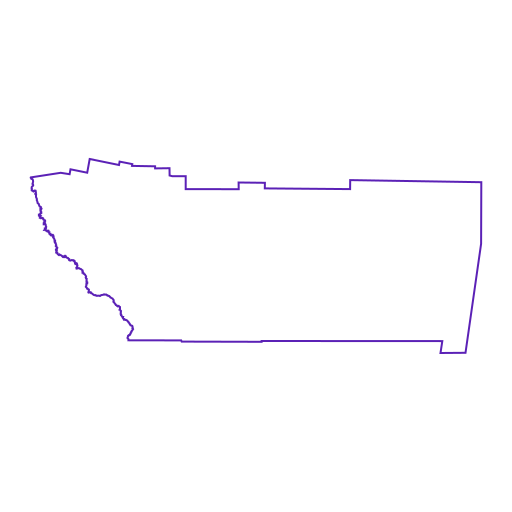 the district of Juan F. Ibarra, Santiago del Estero, Argentina
{"feature_id": "61730980B19837134975286", "entity_name": "Juan F. Ibarra", "entity_type": "district", "adm_level": 2, "iso_a3": "ARG", "parent_name": "Argentina", "parent_adm1": "Santiago del Estero", "projection": "natural_earth1", "projection_center": [-63.235, -28.039], "detail": "fine", "context": "isolated", "style": "outline", "palette": "violet", "viewbox_px": 512, "rotation_deg": 0, "n_neighbors": 0, "source": "geoboundaries", "source_scale": "gbopen_adm2", "svg_char_len": 5599}
<svg xmlns="http://www.w3.org/2000/svg" viewBox="0 0 512 512"><path d="M465.5,352.8L481.1,243.8L481.3,182.2L350.2,180.1L350.1,189.1L264.8,188.4L264.9,182.8L238.6,182.5L238.7,189.2L185.7,189.1L185.7,176.2L172.3,176.2L169.6,175.5L169.5,168.2L155.1,168.4L155.1,166.3L132.0,165.9L132.3,164.1L119.6,161.6L119.0,165.0L89.7,159.0L87.2,172.7L70.5,169.3L69.6,174.2L60.7,172.8L30.8,177.4L30.7,177.7L30.8,177.9L31.3,178.2L31.3,178.7L31.4,178.9L32.0,179.0L32.6,179.3L33.0,180.4L33.1,181.8L32.5,183.8L32.8,183.9L33.0,184.2L33.2,185.4L33.0,185.8L32.5,186.1L31.7,187.1L31.6,188.4L31.9,188.7L31.9,189.2L31.7,189.6L31.7,190.4L32.0,190.6L32.5,190.7L33.4,191.5L34.1,191.1L34.1,190.7L34.5,190.5L34.9,190.5L35.6,190.7L35.7,191.9L35.9,192.1L35.9,193.3L35.8,193.5L35.5,193.4L35.2,193.9L35.3,194.1L35.8,194.1L36.1,194.3L36.0,195.5L36.0,197.0L36.9,199.0L36.9,199.4L36.8,199.5L36.8,200.4L37.2,201.1L37.6,202.4L37.5,202.8L37.7,203.2L38.8,204.0L39.1,205.3L39.7,206.6L40.4,206.7L40.8,206.9L40.9,207.6L41.3,208.2L41.1,208.4L40.7,208.4L40.3,208.9L40.6,209.5L41.1,209.5L40.9,209.9L40.4,210.2L40.4,210.7L40.8,210.8L41.0,211.8L41.3,212.0L41.3,213.1L41.0,213.2L40.8,213.1L40.8,212.8L40.7,212.6L40.4,213.8L40.1,213.9L39.8,214.1L39.9,214.7L39.8,215.0L38.9,214.8L38.9,215.7L39.1,215.8L39.6,215.7L39.9,215.4L40.3,215.9L40.7,216.0L40.5,216.3L40.5,217.0L40.3,217.2L40.1,217.2L40.4,217.7L40.4,217.8L40.1,218.0L40.4,218.2L40.8,218.0L41.5,218.0L41.8,218.2L42.6,217.9L43.3,218.5L43.2,219.3L43.4,219.6L44.4,220.2L44.8,220.2L45.1,220.5L45.2,221.1L44.7,221.8L44.3,222.0L44.8,222.7L43.7,223.1L43.7,224.1L43.7,224.3L44.1,224.3L44.6,223.6L44.7,224.1L45.4,224.3L45.8,225.0L45.8,226.3L46.2,226.8L46.0,227.3L46.1,227.8L45.9,228.0L45.9,228.3L45.4,228.3L45.5,228.9L44.8,228.7L44.8,229.3L44.5,229.8L45.2,229.7L45.7,230.0L45.7,230.4L46.0,230.5L46.4,230.9L47.1,230.9L47.1,231.3L47.3,231.5L47.6,231.4L48.1,230.6L48.5,230.7L48.5,231.0L48.4,231.2L48.6,231.6L48.6,232.0L48.9,232.5L49.4,232.4L49.4,233.8L49.8,234.0L50.0,234.3L50.5,234.1L50.7,235.1L50.8,235.3L51.3,235.5L51.4,235.4L51.4,234.7L51.9,235.0L52.8,234.8L53.0,235.0L52.8,235.6L53.4,235.7L53.6,236.6L53.1,236.8L53.0,237.1L53.3,237.7L54.2,238.6L54.4,239.9L54.8,240.2L54.7,240.5L55.1,240.6L55.1,240.8L54.7,241.4L54.6,241.9L54.7,242.1L55.2,242.0L55.4,242.8L55.3,243.0L55.8,243.3L55.9,244.7L56.3,245.1L56.3,245.3L56.2,245.7L55.8,246.1L56.2,246.6L56.7,246.9L56.8,247.4L57.2,247.8L57.3,247.9L57.0,248.3L57.0,248.6L56.5,248.7L56.3,249.2L55.9,249.5L55.9,250.0L56.0,250.1L56.2,250.3L56.7,250.2L56.8,250.3L56.6,250.6L56.6,251.1L56.3,251.3L56.4,252.1L56.2,252.6L56.5,252.7L56.6,252.4L56.8,252.3L57.1,253.1L57.4,253.0L57.6,253.9L58.7,255.0L58.9,255.1L59.4,254.4L59.6,254.5L60.3,255.0L60.9,255.2L61.4,255.5L61.9,256.0L62.6,256.2L62.6,256.7L62.8,256.9L63.0,256.8L63.2,256.3L63.4,256.3L63.6,256.9L64.0,256.7L64.4,257.1L64.5,257.1L64.9,256.3L65.0,255.8L65.5,255.8L65.9,256.4L66.2,257.3L66.5,257.5L66.8,257.7L67.9,257.9L68.1,258.5L69.0,258.9L69.3,259.2L69.1,259.8L69.1,260.1L69.5,260.4L70.5,260.6L71.9,260.0L72.5,260.3L73.0,260.2L73.3,260.2L73.5,260.6L74.0,260.5L74.3,260.9L74.7,261.1L74.7,261.4L74.4,261.6L74.8,262.1L74.9,262.6L75.0,262.6L75.0,262.4L75.7,262.8L75.6,263.0L75.2,263.2L75.1,263.6L75.4,264.1L75.8,264.1L76.0,264.0L76.0,263.6L76.4,263.8L76.9,263.6L77.2,264.3L77.1,265.2L77.4,265.7L77.1,266.0L77.2,266.9L76.7,267.5L76.4,267.6L76.3,267.8L76.5,268.0L76.6,268.6L77.4,268.5L78.9,268.1L79.8,268.6L80.1,268.9L81.2,269.2L81.8,269.9L82.6,270.4L82.7,271.2L82.4,271.6L82.5,272.4L82.8,272.2L83.0,272.2L83.2,272.8L83.7,273.2L83.6,273.7L85.0,274.5L85.4,275.4L86.1,276.3L86.0,277.0L85.7,277.5L86.0,278.3L86.7,278.8L86.5,279.5L86.7,280.1L86.4,281.0L86.7,281.3L86.6,282.0L87.3,282.3L87.3,282.5L87.1,282.8L87.2,283.4L86.4,283.6L86.3,284.5L86.5,285.0L86.3,285.3L86.2,286.0L85.9,286.5L85.8,286.8L86.4,287.5L86.7,287.7L87.0,288.1L87.0,288.4L87.2,288.8L87.8,288.8L88.1,289.2L88.7,289.4L88.9,289.7L88.8,289.9L88.9,290.5L88.5,291.7L88.6,291.9L88.4,292.5L88.5,292.6L89.2,292.5L90.0,292.2L90.4,292.6L90.8,292.4L91.2,293.2L91.6,293.2L92.4,293.8L93.0,294.4L93.3,294.5L93.7,294.9L94.5,295.2L95.5,295.1L96.1,295.7L96.4,295.8L96.7,295.8L96.8,295.6L97.8,295.8L99.0,295.6L99.9,296.0L100.4,295.8L100.5,295.6L101.2,295.1L102.5,294.9L103.2,294.8L103.8,294.4L104.6,294.4L104.8,294.7L105.1,294.7L106.1,294.5L106.6,294.9L107.0,295.0L107.4,295.6L107.9,295.5L108.4,295.9L109.2,296.0L109.8,296.6L109.8,296.8L110.4,297.2L110.5,297.5L112.6,298.6L112.8,299.0L113.7,300.1L113.7,300.6L113.6,300.8L113.4,301.5L113.5,302.0L114.3,302.4L114.4,302.9L114.7,303.5L115.6,304.3L115.8,305.0L116.8,305.4L117.0,305.9L117.5,306.1L117.7,306.4L118.2,306.4L118.5,306.0L118.7,305.9L119.3,306.6L120.0,307.0L120.0,308.7L119.6,309.6L120.1,309.7L120.4,310.5L121.0,311.0L120.9,311.6L120.7,312.1L120.9,312.8L120.6,313.9L121.1,314.3L121.3,314.7L121.1,315.3L121.6,315.6L121.7,316.0L122.0,316.6L122.5,317.0L123.1,317.0L123.0,317.4L122.8,317.9L122.9,318.1L123.5,318.9L124.2,319.0L124.1,319.7L124.9,319.7L125.3,320.0L126.0,319.9L126.9,320.3L127.5,321.1L128.3,321.6L128.4,322.3L128.7,322.4L128.9,322.8L129.3,323.1L129.5,323.7L129.9,324.0L129.9,324.4L130.4,324.8L130.5,325.3L132.2,325.8L132.5,326.3L132.4,326.9L132.7,327.4L132.4,328.4L132.6,328.6L133.0,328.8L133.1,329.1L132.6,329.6L132.4,330.3L131.6,331.0L131.6,331.7L131.1,332.0L130.9,332.2L130.8,333.2L130.3,333.5L130.2,333.7L130.3,334.3L130.2,334.5L129.8,335.0L129.4,335.2L129.1,335.0L128.8,335.1L128.0,335.9L128.1,336.6L127.7,337.1L127.5,337.7L127.6,338.4L128.4,339.0L128.6,339.8L128.5,340.3L181.2,340.4L181.7,341.6L261.6,341.8L261.6,341.0L442.3,341.1L440.5,353.0L465.5,352.8Z" fill="none" stroke="#5b21b6" stroke-width="2"/></svg>